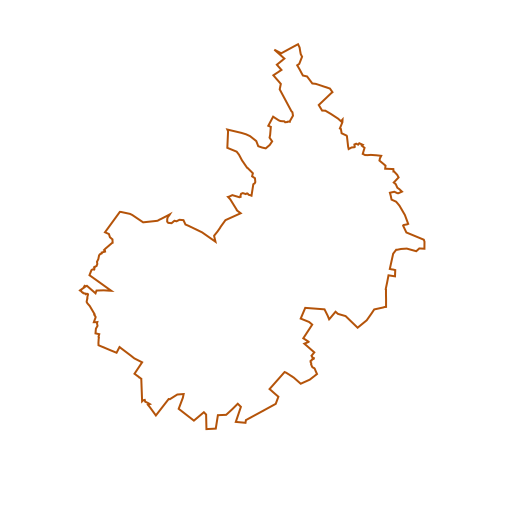 the district of Quiriego, Sonora, Mexico, rotated 312°
{"feature_id": "50627088B40581127001801", "entity_name": "Quiriego", "entity_type": "district", "adm_level": 2, "iso_a3": "MEX", "parent_name": "Mexico", "parent_adm1": "Sonora", "projection": "orthographic", "projection_center": [-109.479, 27.591], "detail": "fine", "context": "isolated", "style": "outline", "palette": "amber", "viewbox_px": 512, "rotation_deg": 312, "n_neighbors": 0, "source": "geoboundaries", "source_scale": "gbopen_adm2", "svg_char_len": 5770}
<svg xmlns="http://www.w3.org/2000/svg" viewBox="0 0 512 512"><g transform="rotate(312 256 256)"><path d="M421.6,131.6L421.7,139.2L421.7,145.0L412.1,143.5L411.3,150.4L401.9,148.0L400.5,159.3L395.7,162.1L387.3,185.4L387.2,186.9L385.0,189.6L379.0,190.9L378.4,191.3L377.3,189.8L376.7,189.7L376.3,189.5L376.2,189.3L374.9,188.2L375.0,186.9L374.1,185.8L372.6,183.8L372.0,182.0L371.0,175.5L361.0,178.0L361.9,180.6L355.4,185.5L353.0,186.9L352.0,191.3L347.7,191.9L343.1,191.3L342.5,191.2L340.7,188.0L339.1,184.2L341.6,179.3L341.1,171.4L339.8,167.2L337.7,162.7L330.8,150.1L330.1,151.7L317.2,162.3L320.6,171.8L319.9,175.6L317.7,181.6L315.6,190.4L315.8,190.8L315.4,198.3L312.6,199.8L313.1,203.2L310.5,206.0L309.1,206.4L307.8,206.0L307.5,206.0L297.8,212.3L297.3,210.9L296.7,210.0L296.6,209.1L296.8,208.2L296.7,207.7L296.4,207.4L296.1,207.2L295.2,207.0L293.9,204.1L292.3,203.3L290.4,204.1L289.7,205.0L288.6,204.4L285.4,197.7L282.1,196.3L281.2,195.7L280.9,198.9L277.4,210.9L277.1,211.2L277.5,216.0L262.2,209.3L259.5,209.6L253.8,210.2L253.3,210.4L248.5,211.0L243.1,211.3L242.7,211.7L239.5,216.3L237.5,200.1L233.3,185.7L232.2,182.5L234.1,178.1L231.7,174.9L228.6,173.7L227.6,171.8L223.9,171.3L221.9,168.6L222.1,167.0L224.2,165.2L226.0,164.4L228.2,164.3L229.3,164.1L227.6,163.5L223.1,161.8L219.9,160.6L218.1,159.8L217.4,159.7L216.1,159.1L205.5,149.6L203.7,136.7L203.0,134.2L198.4,126.2L197.7,125.3L172.6,127.9L173.9,132.0L172.2,134.9L172.3,138.2L169.9,140.6L169.3,140.3L160.9,139.2L158.8,139.1L158.8,140.3L158.3,140.9L155.3,139.0L154.7,139.6L153.2,139.0L152.8,138.8L152.1,138.9L151.8,139.0L151.4,139.0L150.4,139.6L149.5,140.1L148.7,140.6L148.2,140.9L145.3,141.7L143.9,143.4L141.8,144.2L141.2,143.9L140.9,143.8L140.5,143.7L140.3,143.6L139.8,143.7L139.6,143.5L139.5,143.4L139.5,143.2L139.4,143.2L139.4,143.3L139.2,143.5L139.1,143.8L139.0,144.0L138.6,144.2L138.3,144.3L138.2,144.4L138.0,144.7L137.9,144.7L137.6,144.8L136.9,143.7L136.3,143.4L136.0,143.3L135.3,143.2L130.3,145.1L133.3,171.7L131.6,169.6L128.6,165.8L123.6,160.6L120.9,161.7L120.7,150.3L119.7,149.9L119.2,148.6L117.7,148.9L117.7,149.4L112.6,148.2L112.6,148.3L112.6,148.5L112.7,148.8L113.1,149.2L113.2,149.3L113.0,149.5L112.9,149.7L112.8,150.0L112.7,150.5L112.7,150.8L112.7,151.1L113.0,151.7L113.0,151.9L112.9,152.2L112.8,152.3L112.8,152.5L113.0,152.8L113.1,153.3L113.3,153.5L113.5,153.6L113.7,153.8L113.8,154.0L113.8,154.3L113.7,154.9L113.7,155.0L113.8,155.0L114.1,155.2L114.5,155.4L114.7,155.5L114.8,155.6L114.9,155.8L115.1,156.1L115.1,156.3L115.2,156.5L115.0,156.9L114.8,157.1L114.0,157.4L113.1,157.9L112.6,158.2L112.3,158.5L112.2,158.5L111.8,158.8L111.6,159.1L111.4,159.1L111.1,159.4L110.7,159.5L110.3,159.8L109.7,160.1L109.3,160.4L108.8,160.7L108.6,160.8L108.0,162.4L107.6,165.9L104.8,174.8L104.5,174.7L104.3,174.8L104.2,175.0L104.0,175.4L103.9,175.9L103.8,176.3L103.7,176.7L103.6,177.0L103.5,177.4L103.3,177.7L103.0,177.9L98.3,179.8L99.3,180.9L100.3,182.0L100.7,182.3L99.9,182.7L99.6,182.9L98.9,183.8L98.2,184.8L97.9,185.0L95.5,185.5L95.1,185.6L94.8,185.7L91.1,188.5L93.0,191.8L90.5,193.1L90.4,193.7L90.3,193.8L88.9,194.7L87.7,195.7L86.8,196.4L85.7,197.3L84.3,198.7L86.7,205.5L88.6,211.0L90.8,217.1L97.0,215.5L98.2,229.4L98.5,234.1L100.8,242.5L87.2,244.5L87.7,250.0L87.6,250.4L87.8,250.6L87.9,252.7L88.0,252.9L71.8,268.6L73.3,268.7L74.6,269.6L73.6,271.1L74.5,274.3L74.6,274.6L74.7,275.2L74.9,276.2L73.1,275.3L72.6,278.4L70.5,288.3L91.3,286.8L91.9,287.8L100.4,290.2L105.0,294.6L101.7,296.5L90.7,300.8L92.1,320.0L105.0,321.8L104.8,325.0L94.2,335.0L100.8,341.6L112.2,334.2L118.0,340.1L126.5,340.9L134.0,341.3L133.8,345.7L119.2,352.0L125.0,359.8L127.3,358.3L136.6,361.6L140.8,363.1L159.3,369.6L166.4,366.8L166.3,362.5L166.2,355.1L177.3,355.0L188.9,354.9L189.5,356.7L190.9,365.4L191.0,374.7L200.1,378.7L209.1,380.3L210.4,377.4L211.6,374.9L211.5,374.4L211.6,374.2L211.5,373.9L211.3,373.4L211.3,373.2L211.2,372.9L211.1,372.3L211.2,372.0L211.5,371.2L211.8,370.6L212.0,370.3L212.2,369.6L212.3,369.5L213.0,369.1L213.3,368.7L213.4,368.3L213.5,367.9L213.7,367.7L213.8,367.5L214.2,367.1L214.4,366.8L214.6,366.8L214.8,366.8L215.2,367.0L215.6,367.2L216.1,366.9L216.4,366.9L216.8,366.9L217.1,367.2L218.2,367.7L218.8,367.4L218.6,366.9L218.4,365.8L218.5,365.7L219.0,364.0L223.4,363.8L223.2,350.6L227.3,352.6L227.5,352.5L226.5,346.2L242.6,343.7L242.6,342.4L242.5,339.6L239.4,331.1L250.4,327.3L262.2,342.6L259.6,349.2L257.9,352.7L259.6,352.7L267.8,352.4L267.8,355.6L271.3,362.8L270.8,376.8L270.7,379.5L282.3,381.3L290.7,380.3L295.4,379.6L302.9,385.0L304.0,385.6L305.2,386.7L310.9,381.6L314.1,378.6L318.1,375.0L318.1,374.6L324.0,371.2L330.3,367.4L333.9,372.9L338.7,368.9L337.6,366.8L337.1,366.2L335.9,364.1L349.5,356.4L354.5,356.0L354.9,356.6L358.3,359.1L362.4,363.1L366.8,371.9L370.9,372.3L374.1,376.3L379.4,371.6L380.4,369.8L374.1,352.0L377.0,345.0L377.7,344.9L380.6,347.1L381.7,347.6L386.1,339.2L389.4,328.9L389.9,325.5L390.1,323.7L388.6,319.0L390.8,316.0L392.6,313.2L396.3,315.8L397.3,319.1L397.9,319.8L401.5,321.4L401.6,317.8L401.3,315.4L402.9,311.8L402.8,309.2L409.8,309.4L410.8,306.6L411.2,302.0L410.8,301.6L412.5,299.9L407.3,293.6L409.8,291.8L409.5,283.9L411.4,282.8L414.2,282.0L411.5,278.2L408.0,273.7L405.6,271.4L404.0,269.5L403.3,267.0L409.0,264.3L408.8,260.9L410.1,261.0L408.9,257.3L407.1,257.4L406.5,255.3L404.7,254.5L403.2,256.4L402.5,256.2L400.6,254.4L397.5,253.3L398.9,251.3L399.0,251.2L405.8,243.5L406.1,242.8L404.5,237.5L407.2,234.1L406.9,233.0L413.2,230.7L415.3,229.0L413.0,229.0L413.0,225.1L411.7,216.7L410.4,210.3L408.3,207.8L410.2,201.6L427.0,202.9L428.9,203.2L429.9,198.9L423.9,185.2L421.9,182.4L423.6,173.8L421.5,170.1L422.4,167.5L423.8,163.7L425.3,159.0L427.7,159.6L431.7,158.1L434.9,156.9L436.0,154.1L438.0,151.5L440.1,148.9L441.5,145.5L423.5,139.1L421.6,131.6Z" fill="none" stroke="#b45309" stroke-width="2"/></g></svg>